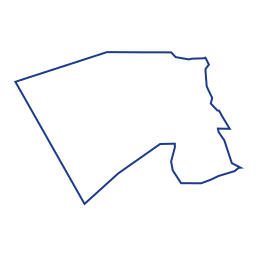 Davis, Utah, United States of America (orthographic projection)
{"feature_id": "52423323B15270253892889", "entity_name": "Davis", "entity_type": "district", "adm_level": 2, "iso_a3": "USA", "parent_name": "United States of America", "parent_adm1": "Utah", "projection": "orthographic", "projection_center": [-111.927, 40.961], "detail": "fine", "context": "isolated", "style": "outline", "palette": "blue", "viewbox_px": 256, "rotation_deg": 0, "n_neighbors": 0, "source": "geoboundaries", "source_scale": "gbopen_adm2", "svg_char_len": 610}
<svg xmlns="http://www.w3.org/2000/svg" viewBox="0 0 256 256"><path d="M205.4,57.7L203.9,58.3L191.9,58.7L188.7,59.4L175.6,57.1L171.2,52.4L156.3,52.3L155.1,52.3L139.4,52.3L107.0,52.1L27.9,77.7L15.4,81.8L84.5,203.9L118.1,173.5L160.1,144.0L174.8,143.7L174.9,147.3L171.1,161.5L172.7,170.3L181.1,183.2L187.5,183.2L201.1,183.3L210.8,179.7L218.5,176.0L234.7,171.1L238.5,167.9L240.6,167.7L231.8,163.1L224.3,140.3L218.7,132.2L217.9,128.6L229.7,128.8L221.8,115.7L219.1,110.7L217.4,110.5L210.8,103.6L212.2,98.0L206.7,86.4L205.5,71.1L205.6,68.9L208.9,64.6L205.4,57.7Z" fill="none" stroke="#1e3a8a" stroke-width="2"/></svg>